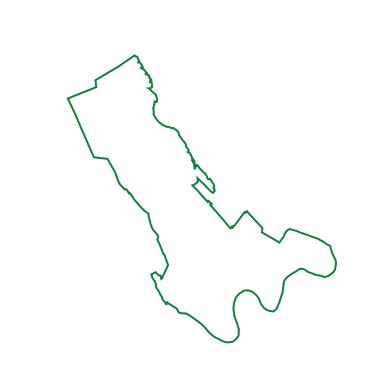 Tuglui, Dolj, Romania, rotated 56°
{"feature_id": "2599482B43089269321770", "entity_name": "Tuglui", "entity_type": "district", "adm_level": 2, "iso_a3": "ROU", "parent_name": "Romania", "parent_adm1": "Dolj", "projection": "natural_earth1", "projection_center": [23.773, 44.207], "detail": "fine", "context": "isolated", "style": "outline", "palette": "green", "viewbox_px": 384, "rotation_deg": 56, "n_neighbors": 0, "source": "geoboundaries", "source_scale": "gbopen_adm2", "svg_char_len": 5922}
<svg xmlns="http://www.w3.org/2000/svg" viewBox="0 0 384 384"><g transform="rotate(56 192 192)"><path d="M284.5,270.4L286.3,268.8L289.4,264.9L293.2,262.9L302.7,259.4L306.4,258.2L311.2,257.1L318.0,256.4L324.1,254.7L328.4,252.4L333.1,249.8L336.1,247.3L338.9,242.3L338.7,238.0L337.1,233.7L332.2,230.0L325.9,228.1L318.8,226.3L312.2,223.1L307.8,219.5L303.9,214.5L302.7,209.5L302.9,203.8L304.9,200.5L308.4,197.8L313.6,196.3L318.1,196.2L323.4,197.4L328.2,197.2L331.7,195.9L334.2,194.0L336.6,191.3L336.3,187.5L333.1,182.4L325.9,173.1L323.7,171.1L321.0,168.8L318.5,166.6L316.7,164.4L316.0,162.0L315.7,159.0L315.6,156.4L316.0,149.9L315.9,146.2L317.3,143.4L319.7,141.8L323.0,140.6L324.7,139.4L326.1,138.3L329.9,135.9L331.4,134.2L333.3,132.3L335.2,130.8L336.9,129.2L337.8,125.9L337.6,120.0L336.5,117.1L334.0,114.6L331.3,112.2L328.5,111.0L325.1,110.6L321.4,110.0L315.8,108.4L314.0,107.6L311.2,109.2L309.5,109.9L307.8,110.5L306.7,111.1L306.3,111.2L305.5,111.3L305.1,111.6L304.8,111.9L304.3,112.3L301.9,113.3L301.0,113.9L295.9,117.7L289.6,122.2L286.5,124.7L283.1,126.9L281.0,128.6L277.2,131.9L277.2,135.2L278.7,138.9L278.9,139.2L279.9,140.2L280.2,140.8L280.5,141.3L281.3,143.9L282.8,147.9L280.6,148.8L276.6,150.7L265.3,156.3L264.7,156.7L261.1,153.7L257.5,154.4L245.5,156.3L238.6,157.2L238.6,157.9L238.7,158.2L238.7,158.4L238.8,158.7L239.3,159.2L238.1,159.8L241.9,170.4L243.8,176.2L242.9,178.0L244.3,178.0L244.5,178.3L243.5,180.5L229.4,182.0L219.5,183.2L212.9,184.1L212.7,183.4L213.7,183.3L213.6,183.1L213.0,183.1L212.7,182.3L212.2,182.5L211.1,182.9L209.0,183.1L208.3,183.6L209.0,184.5L201.3,185.7L197.1,186.2L193.6,186.5L189.9,187.4L187.3,187.9L187.0,187.9L186.7,187.9L187.0,186.8L187.1,186.5L187.1,184.7L187.0,183.4L187.0,182.3L186.9,181.7L186.4,181.2L183.7,179.7L184.3,179.6L193.7,177.5L197.5,176.9L201.8,176.0L204.3,175.3L204.4,174.8L204.3,174.3L204.2,173.7L204.0,173.3L203.9,172.7L203.4,172.7L202.9,172.7L202.8,172.4L202.5,171.9L199.9,172.2L200.7,171.9L200.6,171.4L200.2,171.2L200.1,170.7L199.9,170.5L199.1,170.1L198.3,170.0L197.4,169.7L194.5,169.7L193.4,169.6L192.3,169.7L191.6,169.7L191.0,169.9L190.7,170.3L190.7,170.6L190.9,171.2L190.7,171.4L189.5,171.5L188.6,171.5L188.1,171.3L187.6,171.0L187.2,170.8L185.2,171.0L184.6,170.9L184.1,170.7L182.9,171.1L182.3,171.5L179.9,171.8L178.0,172.2L175.0,172.6L174.6,172.4L174.0,172.2L173.6,172.5L171.8,173.0L171.7,173.2L172.5,173.6L172.7,173.8L172.3,173.9L172.6,174.4L172.9,174.9L173.5,175.9L174.2,176.4L174.2,176.6L173.7,176.6L172.8,176.2L172.3,175.8L171.9,175.4L171.0,175.0L170.9,175.4L170.7,175.4L169.9,174.6L169.6,174.6L169.4,174.7L168.7,174.2L168.2,174.1L167.9,174.2L167.7,174.4L167.4,174.4L166.7,174.2L166.0,174.3L165.8,174.2L166.5,173.9L168.0,173.0L167.7,172.9L167.4,172.8L166.9,172.9L165.9,172.7L165.3,172.9L160.8,172.3L160.0,172.1L158.8,172.0L157.8,172.3L157.2,172.6L156.9,173.1L156.5,173.2L156.5,172.2L155.9,171.6L154.9,171.2L152.8,171.4L151.2,171.4L150.1,171.2L149.4,170.6L148.8,170.5L148.2,170.3L147.4,170.2L147.0,170.5L146.3,170.6L145.3,170.5L143.7,170.8L141.5,170.9L139.2,170.9L138.2,171.0L136.9,170.4L135.3,170.0L133.8,169.9L131.2,170.7L129.8,171.3L128.5,171.5L128.2,171.8L128.3,172.3L128.2,172.6L127.7,173.2L126.3,174.0L124.7,175.2L123.9,176.5L122.7,177.1L121.1,178.2L119.4,179.1L118.3,179.3L115.4,180.4L113.6,180.6L109.5,180.8L107.4,180.5L106.9,180.5L106.1,180.4L105.5,180.0L105.0,179.4L104.4,179.0L103.8,178.8L103.5,178.5L102.4,177.8L101.9,177.8L101.1,177.5L100.5,176.9L100.1,176.2L99.5,175.6L99.0,175.2L98.5,174.6L98.0,174.3L98.0,173.8L97.1,173.0L96.1,172.4L96.4,172.1L96.8,171.9L97.2,171.6L97.5,170.6L96.6,170.0L95.6,169.2L94.7,168.8L93.2,168.3L92.7,168.1L92.5,167.9L91.1,167.6L89.7,167.8L88.6,168.3L85.6,169.0L83.6,169.4L82.5,169.6L82.1,169.8L82.3,169.5L82.5,168.9L82.6,167.4L82.8,167.3L82.8,166.7L80.9,165.4L79.0,164.3L78.8,164.3L77.5,165.5L77.3,165.2L76.9,164.9L76.7,164.6L76.6,164.4L76.4,164.3L76.3,164.1L76.2,163.9L76.1,163.7L76.6,163.5L76.8,163.3L76.8,163.2L76.3,163.0L75.5,163.6L75.0,163.6L74.8,163.0L74.3,163.0L72.3,163.3L72.0,163.2L71.9,163.0L71.9,162.6L71.3,162.5L70.3,162.9L69.0,164.2L68.5,164.6L68.1,164.3L68.3,163.9L68.4,163.4L68.2,162.9L66.7,163.2L64.1,163.2L63.0,163.7L62.4,164.1L61.6,164.4L60.7,165.0L60.4,164.7L61.2,163.4L61.2,163.1L59.7,162.8L59.1,162.7L58.1,162.6L57.0,162.7L55.4,162.7L55.2,162.8L55.0,163.1L54.8,163.8L54.7,164.1L54.3,164.0L54.2,163.8L54.3,163.5L54.2,163.4L54.2,163.1L54.3,163.1L54.2,162.8L54.2,162.7L53.9,162.6L53.2,162.5L51.3,162.3L50.4,162.1L49.8,161.9L49.1,161.8L48.5,162.6L48.0,163.0L47.6,163.1L46.6,163.3L46.7,167.3L46.8,179.8L46.9,181.9L45.3,209.6L51.5,212.6L51.0,215.1L49.3,223.2L48.3,227.2L47.5,231.9L46.8,234.3L45.1,242.6L62.7,245.4L74.6,247.7L94.7,251.4L101.8,252.8L108.6,253.8L109.8,252.2L111.1,250.8L112.2,249.4L116.2,244.8L117.2,243.5L118.6,243.6L123.9,244.1L130.2,244.5L133.6,244.9L138.4,246.2L142.6,247.2L143.8,247.4L145.1,247.5L152.4,246.3L152.6,245.4L152.8,245.0L153.0,244.9L154.9,244.9L157.9,245.0L157.8,244.2L160.6,244.0L166.1,244.1L171.7,243.5L177.3,242.7L181.4,241.8L185.3,240.2L187.9,241.5L195.0,244.1L198.8,245.1L202.0,245.4L204.6,245.0L207.1,244.7L209.3,244.8L210.3,245.1L211.1,245.8L211.5,246.5L211.7,247.2L217.5,248.2L226.9,250.2L227.7,250.2L228.7,250.0L239.2,252.7L241.7,256.7L245.2,262.8L246.8,265.0L246.8,265.9L246.5,265.7L245.9,265.7L245.2,265.3L245.1,265.0L244.7,264.8L243.9,264.8L243.4,265.2L243.0,265.8L242.4,266.0L241.6,266.4L240.2,266.6L238.1,267.1L237.6,271.9L239.5,272.3L240.3,272.7L242.9,272.9L244.0,272.9L244.8,272.7L245.4,273.0L247.0,273.1L248.3,273.5L249.1,273.9L249.7,274.5L250.5,274.9L251.2,274.9L252.3,275.1L254.6,275.1L255.7,275.2L257.2,275.2L257.7,275.3L258.2,275.5L260.3,275.7L262.2,275.5L262.8,275.5L263.2,276.1L263.9,276.4L265.9,276.3L266.3,276.3L266.4,276.2L267.5,276.2L269.0,276.1L271.5,276.3L270.4,275.8L269.8,275.1L269.5,274.3L270.9,274.0L272.0,273.5L272.8,273.1L279.0,270.3L279.8,270.1L281.0,269.9L282.3,270.1L284.5,270.4Z" fill="none" stroke="#15803d" stroke-width="2"/></g></svg>